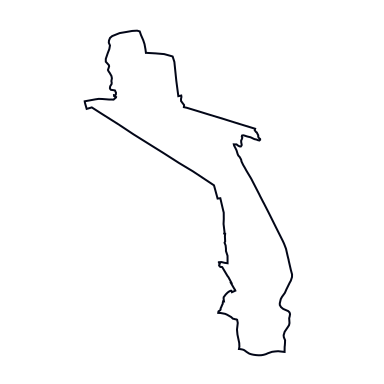 the district of Quan 8, Hồ Chí Minh city, Vietnam, rotated 102°
{"feature_id": "81297802B52284124086366", "entity_name": "Quan 8", "entity_type": "district", "adm_level": 2, "iso_a3": "VNM", "parent_name": "Vietnam", "parent_adm1": "Hồ Chí Minh city", "projection": "equal_earth", "projection_center": [106.647, 10.722], "detail": "fine", "context": "isolated", "style": "outline", "palette": "ink", "viewbox_px": 384, "rotation_deg": 102, "n_neighbors": 0, "source": "geoboundaries", "source_scale": "gbopen_adm2", "svg_char_len": 3563}
<svg xmlns="http://www.w3.org/2000/svg" viewBox="0 0 384 384"><g transform="rotate(102 192 192)"><path d="M335.8,113.4L335.7,112.9L335.6,111.2L335.6,109.5L335.8,108.2L336.3,107.0L337.1,105.3L338.2,102.3L338.4,100.1L338.4,97.9L338.2,95.3L337.8,92.5L337.2,90.2L336.4,88.2L335.3,86.1L334.0,84.3L331.7,80.5L330.7,77.6L329.8,74.6L329.7,73.4L329.2,68.2L324.1,69.2L322.8,69.3L320.7,69.6L320.0,69.7L317.9,70.1L317.7,70.1L314.9,72.0L313.0,72.6L309.4,72.3L308.7,72.0L304.0,70.1L302.1,69.4L299.9,69.4L295.3,70.7L293.5,70.6L291.1,70.7L290.3,71.1L289.5,71.6L288.5,73.1L287.4,78.5L286.1,81.0L284.3,82.6L282.6,83.0L278.3,82.9L275.9,82.2L271.4,80.2L269.1,79.7L268.0,79.5L260.5,77.6L258.2,76.9L254.4,76.5L251.8,77.0L247.7,79.1L239.1,83.1L238.3,83.4L234.6,85.2L228.1,88.2L227.3,88.7L223.3,91.3L220.9,93.1L208.9,102.7L204.1,106.5L196.3,112.7L187.7,119.7L187.4,120.0L181.4,124.9L180.7,125.4L166.5,137.0L162.0,141.2L159.4,143.6L158.2,144.6L157.4,145.3L155.0,147.5L151.9,149.9L150.1,150.7L147.9,152.6L146.7,154.3L145.3,155.3L142.0,157.1L140.2,158.5L137.8,160.5L136.7,161.0L136.2,158.3L137.2,156.2L137.5,154.7L137.3,153.7L136.2,153.2L135.5,153.2L132.9,154.3L131.4,154.6L129.8,154.2L128.4,154.1L127.6,154.8L126.4,154.8L125.9,153.8L125.9,152.5L126.2,149.6L126.3,146.1L127.3,142.0L127.3,139.8L127.6,138.3L127.6,136.8L126.7,136.2L126.0,136.4L125.1,138.0L124.2,138.7L122.8,139.0L121.1,140.4L120.3,141.0L119.9,142.0L118.5,143.5L117.0,143.4L115.6,159.5L114.4,172.3L114.1,175.3L112.7,191.8L111.8,201.8L110.7,214.7L110.7,217.6L108.6,217.8L106.9,219.8L105.3,221.6L103.3,222.1L101.2,222.1L99.9,222.6L100.0,222.8L101.1,225.3L86.4,230.5L68.4,236.3L63.5,239.1L63.4,239.8L63.3,241.2L62.9,247.9L64.0,256.6L65.3,265.0L65.5,266.0L62.3,267.1L57.2,269.2L53.6,271.3L49.0,274.6L45.8,276.5L45.6,279.2L46.9,284.0L49.0,289.2L51.6,295.8L56.1,302.5L58.3,304.2L61.1,304.7L63.3,304.4L65.7,302.7L69.4,302.6L73.8,303.3L79.7,304.0L82.5,303.4L83.8,301.6L85.2,299.7L86.2,299.2L87.8,299.3L90.1,299.6L90.6,299.2L91.2,298.8L91.7,298.3L92.3,297.6L92.9,297.0L93.6,296.4L94.3,295.8L95.0,295.1L95.8,294.7L97.4,294.0L100.3,293.9L101.7,293.3L103.1,293.1L105.6,294.0L107.5,293.9L108.4,293.3L108.9,292.5L108.7,289.6L108.7,288.5L110.7,287.0L112.3,286.8L113.4,287.1L113.5,288.4L114.4,288.1L114.9,286.0L115.3,286.0L117.9,287.9L118.8,292.4L119.1,294.7L119.7,299.2L120.3,302.6L121.4,305.6L125.0,314.4L125.6,315.8L126.9,315.3L128.1,314.7L132.6,312.3L131.5,310.2L130.1,307.6L134.1,297.0L140.9,278.6L143.2,272.7L145.3,267.4L147.8,261.1L160.2,227.0L166.3,210.8L171.6,195.4L180.9,171.9L182.6,171.0L193.1,165.6L192.2,163.0L203.7,157.6L205.5,156.7L211.8,155.3L216.7,154.5L224.6,151.8L225.9,151.9L225.9,150.9L228.5,150.6L233.4,149.3L234.9,149.6L235.6,149.1L237.3,148.0L240.4,147.0L242.7,146.5L247.0,144.0L250.1,143.3L254.3,142.4L254.5,145.4L254.4,148.6L255.0,150.7L255.6,150.2L255.8,150.7L256.6,150.1L257.0,150.0L257.7,150.0L258.0,150.3L258.5,150.0L259.0,149.3L259.4,148.7L259.2,147.9L259.2,146.8L260.2,145.9L266.8,139.8L267.8,138.6L272.7,134.5L272.9,135.0L277.9,130.5L278.6,129.7L279.5,129.1L281.7,132.1L280.4,133.0L280.4,133.3L280.5,133.5L281.1,134.4L281.3,134.7L281.9,135.3L282.9,136.2L285.2,137.7L287.8,138.9L288.2,139.1L288.6,139.1L289.8,138.9L292.3,138.0L292.3,138.8L293.7,138.9L295.0,138.7L295.7,138.9L296.9,139.2L297.8,139.3L299.9,139.8L301.0,139.6L301.7,139.8L303.2,141.2L303.9,141.3L304.8,141.2L304.4,138.7L304.3,134.3L304.7,132.3L306.2,127.6L307.4,125.7L307.4,124.2L307.5,123.2L307.4,121.9L307.6,121.3L310.6,120.0L317.2,119.4L322.0,117.9L329.9,114.4L333.4,113.5L335.8,113.4Z" fill="none" stroke="#020617" stroke-width="2"/></g></svg>